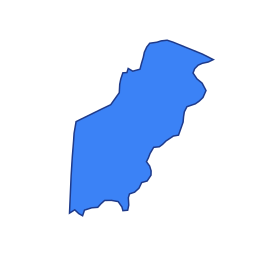 the district of Salgadinho, Pernambuco, Brazil, rotated 302°
{"feature_id": "56859067B89944489210843", "entity_name": "Salgadinho", "entity_type": "district", "adm_level": 2, "iso_a3": "BRA", "parent_name": "Brazil", "parent_adm1": "Pernambuco", "projection": "robinson", "projection_center": [-35.592, -7.913], "detail": "fine", "context": "isolated", "style": "filled", "palette": "blue", "viewbox_px": 256, "rotation_deg": 302, "n_neighbors": 0, "source": "geoboundaries", "source_scale": "gbopen_adm2", "svg_char_len": 1082}
<svg xmlns="http://www.w3.org/2000/svg" viewBox="0 0 256 256"><g transform="rotate(302 128 128)"><path d="M24.8,123.5L30.4,126.2L29.3,131.6L29.5,136.0L35.3,134.6L41.1,139.5L44.7,144.4L49.4,145.2L54.2,146.6L57.9,152.4L60.4,158.7L57.8,164.7L55.2,167.5L58.1,171.3L63.0,169.5L69.1,165.2L72.9,164.2L77.1,167.6L82.7,169.2L89.0,168.5L93.2,172.3L100.2,172.5L103.9,170.3L107.2,166.5L109.2,161.5L113.5,161.1L118.0,160.2L125.2,160.0L128.7,164.5L132.5,166.0L137.2,167.1L140.7,168.7L145.2,170.7L148.7,174.6L157.8,172.6L162.2,171.6L167.1,169.1L171.6,167.2L177.3,166.7L184.2,172.3L188.7,174.2L193.6,175.4L201.1,174.3L205.3,167.1L206.2,160.4L209.1,154.0L213.6,153.1L218.5,154.2L222.2,156.7L226.5,161.1L231.2,164.1L230.1,151.8L227.6,137.5L224.7,120.8L223.2,114.7L219.5,110.0L216.1,107.1L211.4,101.5L206.6,101.0L201.0,101.7L195.8,103.6L190.3,105.1L184.2,107.0L178.7,101.9L178.6,96.6L174.4,97.7L172.1,94.4L165.8,95.9L160.7,97.8L153.3,101.9L138.6,101.0L130.6,95.9L110.0,83.1L105.9,80.6L94.9,85.1L88.2,88.7L74.3,95.9L57.5,105.0L24.8,123.5Z" fill="#3b82f6" stroke="#1e3a8a" stroke-width="1.5"/></g></svg>